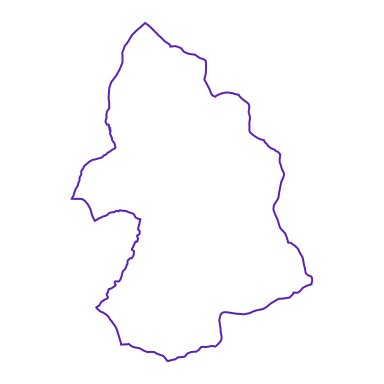 Phobji, Wangdi Phodrang, Bhutan (Natural Earth projection)
{"feature_id": "84629894B82295722957518", "entity_name": "Phobji", "entity_type": "district", "adm_level": 2, "iso_a3": "BTN", "parent_name": "Bhutan", "parent_adm1": "Wangdi Phodrang", "projection": "natural_earth1", "projection_center": [90.223, 27.427], "detail": "fine", "context": "isolated", "style": "outline", "palette": "violet", "viewbox_px": 384, "rotation_deg": 0, "n_neighbors": 0, "source": "geoboundaries", "source_scale": "gbopen_adm2", "svg_char_len": 5996}
<svg xmlns="http://www.w3.org/2000/svg" viewBox="0 0 384 384"><path d="M311.5,284.3L311.4,283.5L311.8,282.5L312.2,280.6L312.2,279.7L311.8,277.7L311.5,276.9L310.8,276.3L310.0,275.8L309.1,275.7L308.3,275.3L307.5,274.9L306.8,274.3L306.2,273.6L305.7,272.8L305.5,271.8L304.8,268.0L303.7,263.4L303.1,259.6L302.6,257.7L302.3,256.8L301.8,256.0L300.3,253.7L299.1,251.1L298.3,249.4L297.8,248.6L297.1,247.9L295.1,246.0L292.9,244.4L291.4,243.3L290.7,242.8L288.8,242.7L288.0,242.3L287.8,240.9L286.9,238.0L286.3,236.2L285.2,233.6L284.6,232.8L284.0,232.1L282.7,230.8L281.4,229.5L280.3,228.0L279.9,227.1L279.5,226.2L278.2,221.6L277.6,219.8L275.1,214.2L273.7,210.6L273.5,209.7L273.5,208.7L273.8,205.9L274.1,205.0L274.6,204.1L277.6,199.4L278.4,197.6L278.6,196.7L279.1,192.9L281.1,182.6L281.7,180.7L282.6,179.1L283.3,177.3L283.9,175.5L284.0,174.5L283.9,173.6L283.7,172.6L282.0,169.3L281.7,168.4L280.9,165.6L280.0,162.9L279.7,162.0L279.6,160.0L279.7,159.1L280.2,155.3L280.2,154.6L279.3,153.3L277.9,151.8L276.9,151.5L276.1,151.1L274.5,149.7L270.7,148.1L268.4,146.2L266.3,143.5L265.1,142.5L264.5,141.6L264.0,140.2L260.2,139.2L257.1,137.7L254.8,136.2L252.6,134.6L250.5,132.8L249.9,132.0L249.6,131.2L249.4,130.2L249.4,129.2L249.5,126.4L249.3,124.4L249.3,123.5L249.8,119.7L249.9,117.7L249.9,116.8L249.7,115.8L248.8,113.1L248.7,112.1L248.7,111.2L249.3,107.4L249.2,106.4L248.8,104.5L248.4,103.7L247.0,102.5L243.3,99.8L240.5,97.3L239.3,96.0L238.6,94.6L237.9,94.7L236.6,94.4L234.0,93.8L232.7,93.2L227.7,92.5L225.3,92.6L222.1,93.3L218.3,94.7L215.9,96.1L215.1,96.8L212.5,95.4L211.1,93.4L209.7,89.6L206.5,83.4L204.3,79.5L205.8,73.7L206.1,66.3L205.8,60.9L203.3,59.0L200.0,58.2L195.0,54.7L188.9,53.9L184.2,52.0L181.0,48.1L175.6,46.1L170.4,46.6L170.2,45.3L168.9,44.0L164.7,41.2L160.5,37.0L158.1,35.0L156.6,33.2L154.1,30.9L151.6,28.2L148.4,25.3L145.2,23.0L141.1,26.6L140.2,27.5L137.3,29.8L134.0,33.0L131.9,35.2L128.1,41.6L126.7,43.7L124.9,45.6L123.5,49.6L122.3,52.5L122.5,57.8L122.5,62.6L119.4,70.0L116.2,75.6L111.2,82.2L109.4,87.4L109.0,91.2L108.8,95.6L108.6,98.1L109.2,102.8L109.2,108.5L107.4,110.6L106.7,112.7L106.5,114.1L106.5,115.5L106.5,116.2L106.3,116.9L106.6,117.6L105.7,120.3L105.6,122.4L106.4,123.4L106.6,124.1L106.9,124.6L108.3,124.6L108.9,124.9L108.7,126.3L109.1,126.8L109.2,127.4L109.8,127.5L110.1,128.1L109.6,128.6L109.5,129.3L109.7,130.0L110.3,129.9L110.6,130.4L110.3,131.0L110.5,131.7L110.2,132.4L110.0,133.1L110.3,134.5L110.7,135.1L111.1,136.4L111.5,137.0L111.9,137.6L111.9,139.0L112.1,139.7L112.3,140.4L114.0,142.6L114.4,143.2L114.9,144.6L115.4,147.4L115.2,148.0L114.7,148.4L113.5,149.1L111.7,150.1L109.5,151.8L109.0,152.1L108.3,152.3L107.7,152.7L107.2,153.2L106.3,154.2L105.8,154.6L105.2,155.0L103.9,155.4L103.0,156.5L101.4,157.7L100.7,157.8L95.5,159.3L94.2,159.6L92.9,159.8L92.3,160.0L90.5,161.0L89.3,161.7L84.7,165.6L84.2,166.1L83.7,167.4L83.3,168.1L82.9,168.6L82.7,169.3L82.3,169.8L81.7,170.2L81.4,170.8L81.3,171.5L81.4,173.0L81.0,175.1L80.7,175.7L79.9,176.8L79.6,177.5L79.5,178.3L79.6,180.2L79.4,180.9L79.0,181.5L78.6,182.7L78.3,183.3L78.0,183.9L78.1,184.7L78.0,185.4L76.8,187.1L76.5,187.8L75.6,188.9L75.4,189.5L75.1,191.0L74.5,192.2L74.2,192.9L74.0,194.4L71.8,198.7L74.2,198.9L80.8,198.9L82.6,199.3L84.6,200.6L87.6,204.1L90.3,208.8L91.6,213.6L92.6,216.5L94.1,219.6L94.9,220.9L96.7,219.6L97.5,219.4L98.5,218.6L99.4,218.2L101.1,217.5L102.3,216.8L103.8,216.2L104.6,216.1L105.9,215.6L107.1,215.1L108.6,213.6L109.7,212.8L110.3,212.6L114.3,212.1L114.8,211.7L116.0,211.0L116.7,210.9L117.9,211.2L118.6,211.2L119.2,210.9L119.7,210.3L121.0,210.4L122.8,210.8L124.8,210.9L126.1,211.1L126.7,211.3L128.6,212.2L132.4,213.4L133.0,213.7L133.6,214.1L134.6,215.5L135.2,216.8L135.6,217.4L136.1,217.8L138.6,218.9L139.3,219.1L139.9,219.0L140.4,219.4L140.1,220.0L139.8,221.4L139.5,223.6L139.3,224.3L138.1,228.4L138.1,229.1L138.3,229.8L138.8,230.3L139.4,230.6L139.6,231.3L139.7,232.0L139.7,232.6L139.5,234.0L139.1,234.5L137.2,235.4L137.1,236.1L137.3,236.8L137.9,238.0L138.0,238.8L137.9,239.5L137.4,240.8L137.2,241.5L136.6,241.8L136.0,241.5L135.5,241.8L134.2,244.4L133.1,247.0L132.0,248.8L132.0,249.6L132.3,250.2L133.5,250.7L134.0,251.2L134.0,252.0L133.9,253.4L133.7,254.8L133.5,255.4L132.8,256.5L132.1,257.8L131.6,258.2L130.2,258.3L129.6,258.6L128.8,259.7L127.7,260.5L127.5,261.2L127.5,263.4L127.4,264.1L126.6,265.3L126.3,266.7L125.7,268.0L125.4,268.6L124.5,269.7L123.5,270.6L122.9,271.6L122.3,272.8L122.0,274.9L121.8,275.6L120.6,279.0L119.9,280.3L118.9,281.3L118.3,281.6L117.5,281.4L116.3,281.3L115.7,281.4L115.0,281.7L114.8,283.0L114.8,283.7L115.1,284.3L115.6,284.7L115.6,285.4L115.1,285.9L111.7,288.2L110.4,288.7L109.1,289.0L108.7,289.6L108.4,290.2L108.0,292.3L107.7,292.9L107.1,293.4L106.7,293.9L106.7,294.6L107.9,297.2L107.8,298.0L107.3,298.4L104.2,299.9L103.7,300.3L103.4,300.7L102.1,301.2L101.3,302.0L100.9,302.5L100.2,303.8L99.2,305.6L98.6,306.0L97.8,306.3L96.3,307.3L96.7,308.1L97.5,308.9L99.5,310.8L100.7,311.6L101.8,312.1L103.5,312.7L104.4,313.5L106.5,314.8L107.8,316.0L108.6,316.9L109.3,318.1L109.8,319.1L110.4,319.9L111.4,320.9L112.8,322.9L115.1,326.1L116.5,328.8L118.0,333.2L119.8,339.3L120.9,342.9L121.1,344.6L125.0,344.4L126.6,344.4L128.7,343.9L131.8,346.4L135.1,347.5L139.2,348.1L144.1,350.8L147.6,352.1L151.9,351.9L154.4,352.1L156.4,353.4L160.1,354.9L162.8,355.7L164.3,357.0L167.5,361.0L168.2,361.0L172.3,359.9L175.3,359.3L177.8,357.4L182.3,357.0L184.8,356.6L187.3,353.6L191.2,352.0L196.4,351.6L199.2,349.6L200.8,347.2L202.5,346.9L206.4,347.0L209.4,346.5L210.7,346.1L212.3,345.9L214.8,346.6L216.0,346.1L218.1,344.1L220.2,341.8L221.3,339.5L221.6,337.8L221.5,335.7L220.9,333.2L220.6,330.8L220.5,328.0L219.7,322.9L219.3,320.1L219.9,317.0L220.9,314.1L222.5,312.7L224.7,312.2L226.6,312.2L236.2,313.7L241.1,314.0L243.9,314.3L249.8,313.1L252.9,311.6L256.0,310.5L263.0,309.0L265.9,307.4L271.3,303.1L274.1,301.5L277.0,299.7L279.5,298.7L283.0,298.6L286.3,298.0L289.6,297.6L292.9,294.2L293.7,292.5L296.1,292.8L298.5,292.4L300.2,290.9L302.8,287.9L306.0,286.1L311.5,284.3Z" fill="none" stroke="#5b21b6" stroke-width="2"/></svg>